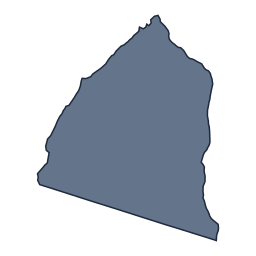 Santa Maria do Pará, Pará, Brazil
{"feature_id": "56859067B50427608563835", "entity_name": "Santa Maria do Pará", "entity_type": "district", "adm_level": 2, "iso_a3": "BRA", "parent_name": "Brazil", "parent_adm1": "Pará", "projection": "natural_earth1", "projection_center": [-47.504, -1.366], "detail": "fine", "context": "isolated", "style": "filled", "palette": "slate", "viewbox_px": 256, "rotation_deg": 0, "n_neighbors": 0, "source": "geoboundaries", "source_scale": "gbopen_adm2", "svg_char_len": 1700}
<svg xmlns="http://www.w3.org/2000/svg" viewBox="0 0 256 256"><path d="M209.6,131.4L209.2,126.6L208.5,124.1L208.4,121.4L207.4,115.7L207.5,110.3L208.5,105.3L209.0,102.2L209.8,99.5L210.1,96.8L211.1,91.4L212.7,84.1L212.0,79.0L210.9,75.9L210.3,73.4L208.5,70.9L206.4,70.0L204.6,68.5L201.6,63.8L196.9,61.5L194.5,60.0L192.0,58.9L189.5,58.4L187.3,56.4L183.6,50.4L180.7,47.7L178.3,47.4L176.4,46.0L174.7,44.4L172.8,43.1L171.0,41.4L169.3,39.1L168.7,36.5L169.0,33.6L168.2,30.8L166.6,28.5L164.8,26.1L160.4,21.8L160.0,19.0L158.0,15.4L154.4,16.3L150.7,19.8L151.1,23.2L148.7,25.7L146.8,24.2L145.8,27.1L143.4,28.8L139.5,27.1L138.7,31.4L135.7,34.0L133.9,35.4L132.1,37.9L129.6,39.9L128.0,41.7L126.2,43.0L124.2,44.8L121.0,46.2L116.3,50.9L113.8,54.7L111.7,55.7L108.9,59.0L105.6,64.1L100.6,68.5L95.2,72.3L92.8,74.0L90.7,76.7L85.9,78.6L82.1,78.3L81.3,80.8L80.3,86.2L78.7,90.6L76.3,94.1L74.4,97.4L72.5,100.2L69.0,105.3L65.9,106.4L64.8,108.8L63.3,110.6L62.1,113.6L59.7,116.6L57.4,121.1L55.3,126.3L52.9,131.2L50.7,135.6L47.6,139.0L45.7,146.2L46.3,150.3L49.1,152.6L47.3,163.0L45.0,164.9L42.5,168.0L37.5,173.7L38.2,176.9L37.7,180.3L39.7,184.6L60.5,191.2L83.2,198.5L97.0,202.9L110.5,207.1L128.7,212.9L148.1,219.1L165.3,224.6L174.2,227.3L197.9,234.7L213.8,239.7L216.3,240.6L216.6,235.7L217.2,233.3L218.3,230.4L218.5,227.7L218.1,224.3L213.1,220.2L211.2,218.4L209.8,216.2L208.9,213.4L207.8,210.9L206.5,208.7L205.7,206.4L204.3,201.0L203.0,197.9L203.5,195.0L203.0,191.8L203.1,186.4L205.0,181.6L205.1,176.1L204.5,173.5L204.1,170.5L204.4,167.1L203.0,164.4L201.2,162.2L202.4,158.1L203.5,154.4L204.8,152.0L206.6,150.1L207.7,147.7L209.1,145.2L209.9,142.5L209.9,139.8L209.6,131.4Z" fill="#64748b" stroke="#1e293b" stroke-width="1.5"/></svg>